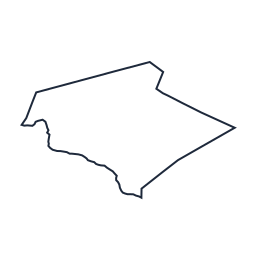 outline of Olivedos, Paraíba, Brazil, rotated 96°
{"feature_id": "56859067B6926108859412", "entity_name": "Olivedos", "entity_type": "district", "adm_level": 2, "iso_a3": "BRA", "parent_name": "Brazil", "parent_adm1": "Paraíba", "projection": "robinson", "projection_center": [-36.214, -6.971], "detail": "fine", "context": "isolated", "style": "outline", "palette": "slate", "viewbox_px": 256, "rotation_deg": 96, "n_neighbors": 0, "source": "geoboundaries", "source_scale": "gbopen_adm2", "svg_char_len": 1058}
<svg xmlns="http://www.w3.org/2000/svg" viewBox="0 0 256 256"><g transform="rotate(96 128 128)"><path d="M116.6,21.9L107.5,49.1L104.9,56.9L97.6,76.3L91.5,92.0L89.8,96.9L86.0,103.9L68.6,98.9L60.1,113.3L73.2,147.7L88.0,186.1L102.2,223.0L111.9,225.7L128.8,230.2L136.0,234.1L136.5,231.4L135.9,228.4L135.8,223.3L134.0,221.4L131.5,220.5L130.3,218.2L128.7,213.8L130.4,210.8L133.6,209.3L136.3,208.3L138.5,206.9L141.1,207.9L142.8,205.4L147.3,205.7L150.0,205.8L151.9,205.1L154.1,205.3L155.9,203.4L157.5,200.7L158.3,196.0L158.0,193.0L158.2,189.4L158.4,186.3L159.6,183.4L159.4,180.9L159.4,178.6L159.4,174.6L160.0,170.8L161.4,168.0L162.6,166.0L164.2,164.5L165.0,161.3L165.5,158.0L167.1,156.0L167.7,153.6L168.0,151.0L167.9,147.4L169.7,144.7L171.4,141.3L172.7,138.6L174.6,136.6L176.7,134.2L178.9,134.6L181.1,134.3L182.9,132.2L185.2,130.7L188.3,129.8L191.1,128.1L192.8,126.4L193.5,124.0L193.9,121.4L193.6,118.7L193.4,115.8L194.4,113.0L194.9,109.9L195.9,107.4L186.9,108.2L168.2,89.0L154.7,74.9L138.5,52.4L116.6,21.9Z" fill="none" stroke="#1e293b" stroke-width="2"/></g></svg>